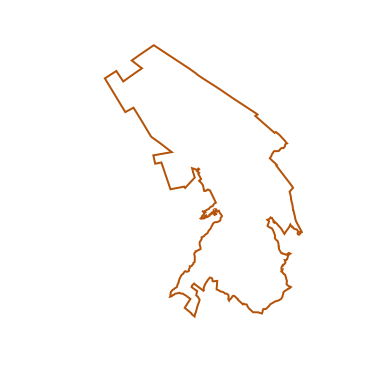 Zarnesti, Buzau, Romania, rotated 212°
{"feature_id": "2599482B98945764171104", "entity_name": "Zarnesti", "entity_type": "district", "adm_level": 2, "iso_a3": "ROU", "parent_name": "Romania", "parent_adm1": "Buzau", "projection": "albers", "projection_center": [26.866, 45.322], "detail": "fine", "context": "isolated", "style": "outline", "palette": "amber", "viewbox_px": 384, "rotation_deg": 212, "n_neighbors": 0, "source": "geoboundaries", "source_scale": "gbopen_adm2", "svg_char_len": 5944}
<svg xmlns="http://www.w3.org/2000/svg" viewBox="0 0 384 384"><g transform="rotate(212 192 192)"><path d="M302.2,296.2L309.1,280.5L312.8,271.6L300.0,270.3L303.6,262.1L308.9,249.3L320.3,254.5L326.1,242.2L290.9,224.4L286.3,232.5L273.1,226.0L256.5,217.5L255.4,217.2L244.7,216.5L230.3,215.1L244.2,202.6L238.2,196.5L233.6,200.8L211.7,182.9L201.7,192.2L201.5,192.4L200.0,191.8L197.3,205.7L198.7,206.8L200.0,208.2L201.4,209.1L202.2,210.1L204.5,212.2L203.6,212.4L202.5,212.9L200.5,213.0L199.4,214.0L199.0,215.3L198.0,215.1L198.6,212.3L196.0,212.0L196.3,210.7L191.1,207.8L191.9,205.2L188.9,204.6L186.2,203.5L182.3,199.3L182.2,199.3L181.9,200.1L181.1,200.1L180.9,200.2L180.2,201.9L179.9,202.5L179.2,202.7L178.2,202.7L177.7,202.9L166.1,195.6L166.9,194.0L167.1,192.1L167.0,190.9L168.1,189.7L168.6,188.4L168.7,186.6L170.0,184.7L171.5,181.5L172.5,181.5L172.5,181.4L171.1,181.4L170.3,181.6L170.8,180.7L170.0,180.3L170.6,176.9L170.4,175.2L170.7,174.1L170.3,174.1L169.9,174.3L169.6,174.8L169.0,175.1L168.3,176.6L168.0,176.3L167.7,176.1L167.5,176.4L167.6,176.7L168.4,177.0L168.3,177.6L167.8,177.2L167.5,177.3L167.5,177.5L167.9,178.9L167.4,178.3L167.2,177.7L167.7,178.9L167.4,179.0L167.4,179.6L167.2,179.5L167.0,178.5L166.7,178.0L165.5,179.7L165.4,179.6L164.5,181.4L165.2,182.0L165.1,182.3L164.8,182.5L164.7,182.9L164.3,183.1L164.0,183.7L164.4,183.9L164.4,184.6L164.4,185.0L164.1,185.3L163.5,185.1L162.2,185.0L160.7,184.5L160.2,185.3L159.9,185.8L160.1,185.9L159.9,186.3L160.1,186.4L160.4,186.5L160.9,185.3L163.0,186.3L163.4,186.8L162.0,186.2L161.7,186.2L161.6,186.7L162.7,187.2L163.4,187.2L163.5,187.0L163.8,187.7L162.3,187.2L161.7,188.4L161.4,188.8L161.3,189.1L162.8,189.9L162.4,190.1L161.6,189.7L161.4,189.4L160.8,189.3L160.0,188.9L159.3,190.3L156.7,188.7L155.6,188.4L153.9,187.6L153.7,186.8L154.0,185.5L153.9,185.0L153.0,183.2L153.0,182.6L153.4,181.7L154.8,179.7L156.1,178.9L156.8,178.2L157.4,176.7L157.1,172.4L156.8,170.7L157.2,169.1L157.3,168.1L157.1,165.3L157.3,164.6L158.2,162.7L158.4,161.1L158.5,160.6L159.8,158.8L159.9,158.5L159.0,157.6L158.9,157.3L158.8,155.3L159.0,153.9L158.8,153.3L157.8,151.7L155.3,149.3L154.5,148.2L155.0,147.1L155.6,146.7L156.9,144.0L157.5,143.7L157.2,143.1L157.5,141.2L156.7,139.9L155.6,139.0L152.7,134.2L153.0,133.1L153.2,132.7L152.8,131.6L153.1,130.5L153.0,129.3L153.5,128.4L153.9,128.0L154.5,127.8L153.7,126.4L153.7,124.8L152.9,123.8L152.9,123.5L153.0,122.9L154.2,121.5L155.6,121.4L156.0,120.8L156.2,119.6L156.2,117.8L156.7,116.7L156.9,115.6L156.5,111.5L155.8,108.8L155.3,108.1L155.3,106.2L154.5,103.5L154.6,103.1L155.7,100.8L155.7,100.1L156.4,99.1L156.7,98.1L156.9,96.0L156.8,95.5L155.2,92.2L155.1,91.6L154.0,92.8L153.8,93.2L153.6,94.5L152.8,95.3L152.6,96.2L152.2,97.1L150.5,98.5L149.4,99.8L148.6,99.8L147.1,100.2L146.2,100.9L141.8,100.9L136.7,100.5L136.8,89.9L128.3,88.8L127.4,88.2L123.8,87.8L124.9,90.4L124.8,91.0L125.3,93.0L126.9,98.1L127.9,103.1L128.5,104.7L131.6,106.3L133.6,106.5L134.8,109.6L135.1,110.7L141.9,111.1L142.0,111.8L142.4,112.4L142.0,114.4L141.7,115.5L140.3,115.2L129.9,114.3L129.8,114.7L130.6,115.7L131.2,116.9L132.0,120.3L131.9,121.1L132.1,122.4L131.9,124.0L132.0,125.4L131.5,128.9L130.1,129.4L129.3,129.4L128.3,128.6L127.6,127.6L127.1,127.3L126.9,127.3L123.5,130.0L119.5,122.4L117.4,122.8L116.5,122.7L115.1,122.8L112.5,123.7L111.7,123.6L111.0,123.6L110.0,123.4L109.1,124.0L107.8,124.1L106.7,124.0L105.9,123.2L105.2,122.2L104.6,120.6L104.0,120.1L103.0,119.6L103.1,120.2L102.4,122.6L102.4,124.3L102.3,125.5L102.2,125.7L100.9,126.3L96.7,125.5L96.3,125.4L96.1,125.0L89.3,123.7L89.2,124.5L87.4,124.9L85.9,125.6L84.4,124.6L84.0,124.2L81.6,123.3L79.9,123.1L79.6,123.0L76.5,122.4L72.1,125.0L68.3,126.0L68.7,127.9L69.4,129.3L69.5,130.4L68.9,131.0L67.9,131.4L67.2,132.4L66.8,133.7L66.7,134.9L66.2,136.2L66.2,138.1L63.4,143.4L61.6,145.3L60.8,146.4L60.6,147.1L59.8,148.2L59.8,151.2L60.4,152.6L60.6,153.9L61.2,154.9L61.3,155.6L60.9,157.1L59.7,159.5L59.4,160.5L58.2,162.0L58.1,162.5L58.2,163.3L57.9,163.8L59.0,163.8L59.4,163.4L59.7,163.3L62.8,163.8L63.0,164.4L63.5,164.9L63.6,165.3L64.0,165.8L64.1,166.4L64.6,167.1L65.7,167.9L67.1,169.5L67.8,169.9L68.9,171.0L70.2,171.3L71.0,171.1L72.6,171.9L74.0,171.9L73.8,173.3L74.1,173.6L74.2,174.2L74.9,173.5L75.4,174.1L76.2,175.6L76.3,177.6L76.3,178.1L75.8,178.1L75.9,179.0L75.4,179.7L75.4,181.7L76.2,182.6L77.3,183.4L76.1,184.1L75.7,185.4L76.1,185.7L76.2,187.5L76.8,188.8L76.8,189.2L76.7,189.5L76.5,191.0L76.0,191.8L77.7,191.6L78.0,190.6L77.9,190.2L78.4,189.8L78.8,188.7L80.1,188.5L81.8,188.0L82.1,188.0L82.3,187.8L82.8,188.0L83.6,187.6L84.3,187.7L87.5,189.4L89.4,191.3L89.3,191.8L90.0,192.1L90.3,192.7L91.4,194.1L93.4,195.8L94.0,195.9L95.0,195.9L96.8,196.6L97.4,197.0L98.0,198.0L98.6,199.2L101.7,201.6L103.7,202.9L104.2,203.0L104.6,203.4L105.1,203.5L108.2,203.0L110.0,203.3L111.0,207.8L111.3,208.1L113.4,208.3L112.0,210.4L111.9,212.1L110.7,212.0L110.3,212.3L108.4,211.2L107.7,211.1L107.0,209.7L105.8,209.6L105.8,210.5L103.1,210.1L103.0,209.9L99.7,209.0L99.4,208.8L98.3,208.7L96.2,207.8L91.4,205.4L91.3,206.4L91.5,206.9L91.0,213.5L91.2,215.6L91.4,216.2L91.4,216.6L91.2,216.5L91.1,216.1L90.2,215.5L89.3,215.9L88.8,215.8L88.7,215.7L88.8,215.4L89.2,215.1L87.2,215.6L86.6,214.9L84.3,215.3L83.6,215.7L82.8,215.6L80.7,214.6L80.9,214.2L80.5,212.8L79.9,212.3L79.3,212.3L78.3,212.8L78.5,213.9L78.4,215.2L79.0,215.7L79.1,215.8L79.0,216.2L77.9,215.5L77.6,216.2L87.9,222.1L89.7,223.5L92.8,226.8L96.3,230.2L96.6,230.1L96.7,230.3L100.6,235.0L102.5,236.6L103.4,237.7L104.2,238.3L105.2,239.9L108.6,243.3L109.4,243.9L108.5,249.1L110.6,250.1L134.4,259.0L134.7,259.3L134.4,259.9L143.9,261.8L143.8,264.4L144.2,266.7L144.1,268.2L144.2,269.6L143.8,270.3L140.5,272.4L140.1,273.0L139.7,275.9L139.4,276.6L138.7,277.2L137.7,277.6L137.4,279.8L138.1,281.7L138.1,282.6L137.2,283.6L141.6,285.0L148.3,286.8L152.7,287.3L153.3,285.9L178.6,290.0L177.5,292.4L179.1,292.6L207.3,293.2L224.2,293.9L242.6,294.1L249.4,294.3L251.2,294.7L260.3,295.2L302.2,296.2Z" fill="none" stroke="#b45309" stroke-width="2"/></g></svg>